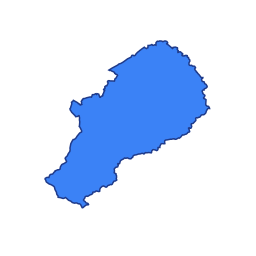 Vohibato, Haute Matsiatra, Madagascar (orthographic projection), rotated 299°
{"feature_id": "10022922B39439372576611", "entity_name": "Vohibato", "entity_type": "district", "adm_level": 2, "iso_a3": "MDG", "parent_name": "Madagascar", "parent_adm1": "Haute Matsiatra", "projection": "orthographic", "projection_center": [47.101, -21.673], "detail": "fine", "context": "isolated", "style": "filled", "palette": "blue", "viewbox_px": 256, "rotation_deg": 299, "n_neighbors": 0, "source": "geoboundaries", "source_scale": "gbopen_adm2", "svg_char_len": 5824}
<svg xmlns="http://www.w3.org/2000/svg" viewBox="0 0 256 256"><g transform="rotate(299 128 128)"><path d="M123.1,66.1L122.7,66.6L121.6,67.2L118.4,67.8L117.9,68.0L116.6,67.9L115.5,69.1L115.1,70.2L114.5,71.0L113.1,75.8L112.5,76.7L113.6,78.2L115.0,79.0L115.0,79.3L113.4,80.7L111.5,81.6L110.0,82.8L106.8,84.3L105.7,84.6L105.4,85.6L103.1,88.8L102.1,89.3L101.6,89.1L101.3,88.8L100.5,88.3L99.4,88.0L95.9,87.4L94.3,87.4L93.0,87.0L92.0,86.6L91.3,85.6L89.3,85.5L86.5,85.6L82.3,87.0L81.0,87.9L79.2,88.5L76.7,88.2L74.1,88.4L72.0,87.7L71.2,87.7L70.9,87.8L70.6,88.5L70.3,88.5L69.1,90.4L68.9,90.5L68.0,90.4L65.8,89.2L64.6,88.2L63.8,87.8L61.4,87.7L60.1,88.1L59.4,88.5L59.0,88.4L57.9,87.7L57.4,86.8L55.1,85.0L54.8,85.3L53.6,84.8L51.5,84.5L51.0,84.2L49.9,82.8L49.5,82.5L47.8,82.5L46.3,82.8L45.8,81.5L45.3,80.9L43.8,80.0L43.2,80.2L42.9,80.5L42.4,81.5L41.7,82.1L41.2,82.8L40.8,86.1L41.2,88.5L41.0,91.5L40.6,92.3L38.7,94.1L37.1,96.6L35.8,97.6L35.2,98.3L34.8,99.6L33.5,100.5L34.3,102.6L34.9,105.4L35.5,106.1L36.9,107.0L36.4,109.7L36.1,110.4L36.0,111.3L36.3,113.5L35.8,115.4L36.3,117.6L37.3,118.9L37.6,119.6L37.6,121.3L38.2,122.2L38.2,122.7L38.0,123.7L36.1,126.5L36.3,127.1L39.9,128.5L40.8,129.2L41.5,130.4L41.9,130.6L42.4,130.0L42.6,129.4L42.2,127.5L42.9,126.1L42.9,125.2L43.4,124.0L44.0,123.9L45.3,124.2L47.0,123.9L47.8,124.3L48.2,124.6L48.7,125.9L51.3,127.4L52.3,128.4L53.7,128.9L54.5,128.4L55.0,128.5L55.9,130.0L57.5,130.7L58.3,133.4L58.9,133.9L59.7,133.6L60.0,133.3L61.4,133.0L62.5,133.0L63.7,133.5L64.3,133.6L65.5,134.8L65.5,137.1L65.7,137.6L66.2,138.0L67.9,138.3L69.2,139.5L70.0,140.0L70.2,140.3L70.3,140.8L70.7,141.2L71.4,141.5L73.0,141.3L73.6,141.5L74.4,141.4L74.9,141.7L75.4,142.5L76.9,143.4L77.4,143.1L77.5,142.7L77.9,142.3L78.9,142.1L80.7,141.1L81.1,140.6L81.3,140.1L82.1,139.8L82.2,139.4L82.1,138.5L82.2,137.6L83.9,137.0L85.5,135.8L87.6,136.3L89.0,137.8L90.7,137.5L91.2,137.2L91.5,136.5L92.0,136.5L92.5,137.7L92.8,137.9L95.3,137.3L95.9,137.4L96.8,137.7L98.8,139.1L99.6,139.3L100.2,139.7L100.4,140.7L101.6,142.0L101.7,143.9L102.5,145.5L104.2,145.9L104.5,146.3L105.8,146.0L107.3,146.6L108.6,148.3L110.4,149.9L111.2,151.2L112.3,152.2L112.8,152.9L113.1,153.6L112.9,154.1L113.1,154.6L114.0,155.0L114.5,154.9L115.1,155.4L115.4,156.5L116.4,157.7L117.2,159.4L117.4,160.3L117.9,160.5L119.5,159.9L121.0,160.2L121.4,160.7L122.0,162.5L122.1,163.9L122.6,164.4L123.2,164.6L124.4,164.4L125.2,163.8L125.6,163.8L126.4,165.3L127.6,164.7L130.0,164.6L130.8,165.2L131.7,167.2L132.2,167.8L133.2,167.0L134.4,166.4L134.8,166.3L135.4,166.6L135.9,167.0L136.6,168.0L138.7,170.5L139.3,171.6L140.0,172.2L140.2,172.8L140.7,173.1L141.0,173.8L140.9,174.6L141.6,175.6L143.9,177.1L144.1,177.9L145.6,178.5L148.3,178.9L148.5,179.5L149.1,180.3L150.2,181.1L150.9,181.9L152.1,182.4L153.3,182.6L154.1,183.5L154.7,183.7L156.5,182.0L156.7,181.4L157.3,181.0L157.9,181.4L157.9,182.5L158.3,183.1L159.2,183.2L159.6,183.0L160.4,182.9L161.4,181.7L162.1,181.4L162.5,181.4L163.0,182.1L163.6,182.7L167.0,183.6L167.7,183.6L169.2,182.5L170.0,182.7L170.3,183.1L170.6,184.0L171.6,184.6L172.2,185.4L173.0,185.7L174.9,185.8L176.1,187.3L176.3,187.8L176.8,188.1L178.2,188.6L179.1,188.7L180.7,188.3L183.3,188.3L184.0,188.7L184.6,189.9L185.5,189.0L185.6,188.3L185.9,188.0L185.9,187.7L185.4,186.7L185.9,184.9L186.4,184.5L190.6,182.5L190.7,181.8L190.6,179.9L190.8,179.7L191.3,179.4L191.9,179.7L193.6,179.6L193.9,179.3L194.0,178.4L194.5,176.6L195.3,176.1L195.8,175.2L196.8,174.9L197.8,175.4L198.1,176.1L198.8,175.8L199.3,175.8L200.5,176.8L201.7,177.2L202.0,177.3L202.9,177.0L204.0,175.1L204.0,173.5L205.2,172.4L205.2,171.8L204.8,170.7L205.0,169.9L206.3,168.7L206.8,168.6L207.8,169.2L208.4,169.0L207.8,167.9L207.7,167.4L209.0,164.5L209.6,162.5L210.2,161.4L210.1,160.8L210.5,160.5L211.3,158.5L211.9,157.8L212.7,157.6L213.0,157.8L213.4,157.9L214.2,156.6L214.2,156.0L213.4,154.4L213.7,153.3L213.4,152.8L213.2,152.8L212.9,152.1L212.7,151.4L212.9,150.8L213.5,150.3L214.7,149.7L216.4,149.7L217.5,149.0L218.0,147.5L219.0,146.7L218.8,146.0L219.0,145.2L220.0,144.7L219.7,143.6L219.0,142.7L218.6,142.7L218.4,142.1L217.8,141.4L217.5,140.5L217.6,140.2L217.9,139.8L218.4,139.8L218.8,140.1L219.3,140.0L219.6,139.4L219.6,138.4L220.0,137.3L220.0,136.8L219.5,136.0L218.3,135.1L218.4,134.9L218.9,134.6L220.0,134.5L220.2,133.7L220.6,133.0L221.3,132.9L222.1,132.3L221.8,130.5L221.6,130.0L220.3,128.3L219.5,128.6L219.1,128.4L220.2,123.1L220.3,121.3L220.5,121.0L221.4,121.5L222.0,121.2L222.5,120.0L222.3,118.7L221.8,117.8L220.4,116.6L220.4,115.5L219.6,113.6L218.7,112.9L218.3,111.9L218.0,111.5L216.3,111.1L214.0,112.2L214.0,111.3L212.7,110.2L212.3,109.7L212.3,109.3L212.5,109.1L212.6,108.4L211.9,108.0L210.6,106.7L209.9,105.5L207.8,106.5L207.3,106.0L206.5,105.8L206.3,104.3L206.6,103.1L203.3,101.5L201.9,101.0L201.6,100.7L200.2,100.3L199.0,99.7L196.7,99.1L195.6,99.1L194.8,98.9L194.1,98.2L194.1,97.1L193.5,96.3L193.2,96.2L191.4,96.3L188.3,94.1L183.5,91.9L181.1,90.5L179.4,88.9L178.1,88.5L172.8,85.1L169.4,83.2L169.4,84.2L170.0,84.8L169.9,86.4L170.1,87.6L170.1,88.6L170.0,89.2L169.3,89.9L169.5,90.3L169.1,91.3L169.4,92.3L169.2,93.1L168.9,93.4L168.1,93.3L165.7,93.3L165.1,92.9L164.6,92.8L162.5,93.4L160.5,89.5L160.3,88.7L159.9,88.0L159.1,87.5L158.3,87.7L158.0,88.6L157.4,88.9L154.6,89.0L154.2,88.3L153.8,88.0L152.9,87.7L152.3,88.0L152.1,88.4L151.2,88.7L150.6,88.1L149.8,88.0L149.5,88.4L149.6,89.3L149.3,89.5L147.6,89.4L146.9,89.7L145.1,89.7L144.0,90.3L143.6,90.2L143.0,89.3L141.5,89.0L141.3,88.3L143.4,86.0L143.0,84.2L142.1,84.1L142.3,83.5L142.3,83.1L140.7,82.0L139.9,80.7L137.3,81.1L137.1,80.4L136.5,79.5L134.5,77.3L132.8,75.8L132.1,74.7L131.8,74.5L131.1,74.6L130.7,74.3L130.4,74.5L130.3,74.4L128.6,74.2L127.6,75.3L126.3,75.6L126.1,76.1L125.3,75.4L125.3,75.1L125.0,75.0L125.3,74.5L125.2,74.1L125.5,73.3L125.2,72.8L125.7,71.9L125.7,66.8L124.8,66.8L123.1,66.1Z" fill="#3b82f6" stroke="#1e3a8a" stroke-width="1.5"/></g></svg>